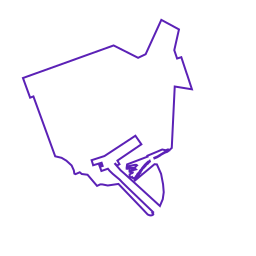 92, Al Wakrah, Qatar, rotated 70°
{"feature_id": "91078587B57954650204567", "entity_name": "92", "entity_type": "district", "adm_level": 2, "iso_a3": "QAT", "parent_name": "Qatar", "parent_adm1": "Al Wakrah", "projection": "mercator", "projection_center": [51.612, 25.031], "detail": "fine", "context": "isolated", "style": "outline", "palette": "violet", "viewbox_px": 256, "rotation_deg": 70, "n_neighbors": 0, "source": "geoboundaries", "source_scale": "gbopen_adm2", "svg_char_len": 2329}
<svg xmlns="http://www.w3.org/2000/svg" viewBox="0 0 256 256"><g transform="rotate(70 128 128)"><path d="M45.1,209.6L66.0,209.6L66.0,206.1L129.7,206.1L133.3,200.6L137.6,197.1L143.9,193.8L149.1,193.4L149.9,193.5L152.5,194.0L153.4,193.1L153.1,188.5L155.4,187.2L158.1,182.0L171.8,176.9L171.5,173.3L172.3,171.3L175.1,166.7L176.9,158.0L177.3,156.1L184.1,153.1L207.6,142.7L216.0,139.1L217.3,137.7L218.0,136.4L218.2,134.9L218.0,134.1L217.7,133.7L216.8,133.7L216.0,134.2L215.6,133.2L184.6,148.4L177.1,152.0L173.6,153.5L165.9,158.0L162.0,159.9L159.4,160.8L159.3,167.7L152.9,167.7L152.9,166.5L154.9,166.5L155.0,164.8L151.6,164.7L151.1,173.5L150.1,173.4L145.8,173.2L146.3,159.7L137.8,123.7L147.9,121.0L150.1,129.7L155.0,149.1L159.1,148.4L159.5,151.3L157.3,152.1L157.4,152.4L165.2,149.4L169.8,146.9L180.8,141.1L212.2,124.7L206.8,119.7L200.6,116.4L192.9,114.3L182.4,112.6L172.1,113.3L171.1,115.5L179.5,138.8L178.4,138.5L178.3,137.8L177.3,136.1L176.6,135.4L176.3,134.4L174.7,132.7L174.4,131.6L173.7,131.5L171.9,128.9L171.2,128.2L170.8,126.8L170.5,126.5L169.8,124.8L168.8,123.4L168.2,121.3L167.8,121.0L167.5,120.0L167.1,119.6L167.0,118.9L166.3,118.9L166.5,119.3L166.5,120.6L167.5,123.0L167.8,123.4L168.1,124.4L169.1,126.1L170.5,128.5L171.2,129.2L172.2,131.3L173.2,132.3L174.5,135.0L175.6,136.1L175.9,136.8L176.9,138.1L178.1,139.5L177.1,139.5L176.7,140.5L175.4,140.9L175.5,141.2L175.5,141.9L175.2,142.2L175.0,143.2L172.2,142.4L172.0,141.5L171.8,140.6L171.8,140.0L171.8,139.2L171.5,138.9L171.3,139.4L170.9,139.6L171.1,139.7L170.9,140.4L170.3,140.8L169.6,141.5L169.1,141.3L168.9,141.3L168.6,141.2L168.4,141.1L168.8,140.8L169.1,140.5L169.6,134.7L168.3,135.4L168.1,136.7L166.1,141.8L166.2,142.4L166.1,142.7L165.8,143.2L165.0,142.9L165.4,141.4L167.1,137.1L167.4,136.4L167.4,134.7L166.4,133.0L166.2,132.3L165.6,132.6L165.0,134.0L164.0,140.7L163.8,141.1L163.8,141.5L163.6,141.7L163.6,142.2L161.9,141.3L161.6,119.4L160.7,119.3L160.5,114.5L160.2,108.3L159.9,103.2L160.8,101.8L161.8,100.1L161.8,97.7L162.3,97.4L164.1,106.6L164.8,110.0L165.0,113.5L165.6,113.5L165.5,110.7L164.8,107.0L164.5,106.3L163.8,101.8L163.8,99.1L163.2,97.4L163.2,96.7L162.8,96.4L161.7,93.7L105.0,69.9L113.5,54.7L98.4,54.2L96.5,54.2L79.7,53.7L79.5,58.1L70.7,57.9L52.8,46.4L37.8,59.7L64.7,86.2L65.5,94.5L45.5,113.3L45.1,209.6Z" fill="none" stroke="#5b21b6" stroke-width="2"/></g></svg>